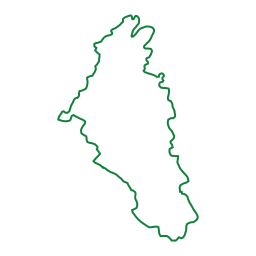 Brahin, Gomel, Belarus
{"feature_id": "67162791B77344314095023", "entity_name": "Brahin", "entity_type": "district", "adm_level": 2, "iso_a3": "BLR", "parent_name": "Belarus", "parent_adm1": "Gomel", "projection": "orthographic", "projection_center": [30.376, 51.651], "detail": "fine", "context": "isolated", "style": "outline", "palette": "green", "viewbox_px": 256, "rotation_deg": 0, "n_neighbors": 0, "source": "geoboundaries", "source_scale": "gbopen_adm2", "svg_char_len": 4040}
<svg xmlns="http://www.w3.org/2000/svg" viewBox="0 0 256 256"><path d="M174.6,111.1L174.5,110.9L173.7,109.2L173.2,108.0L172.6,106.7L172.4,104.8L172.2,103.6L171.6,102.5L170.9,101.2L169.4,100.6L168.2,99.8L167.9,98.5L168.0,96.9L168.6,95.0L168.9,92.8L169.1,90.5L168.6,88.6L167.3,88.3L164.9,88.0L163.2,88.0L161.0,87.6L159.7,86.3L159.2,85.2L159.5,83.3L160.3,82.3L161.7,82.1L162.6,81.7L163.1,81.4L163.4,80.5L162.5,79.6L162.4,78.4L162.7,77.4L163.8,76.3L163.9,75.2L162.8,73.7L161.5,73.4L160.0,73.9L159.0,75.2L158.9,76.7L156.7,76.9L155.7,76.1L154.6,75.5L153.3,74.9L152.0,74.5L150.0,73.8L147.9,73.3L146.1,72.5L144.8,72.2L143.6,70.8L144.4,69.8L144.8,68.8L144.6,67.5L144.4,66.7L144.6,65.6L145.3,64.8L146.4,64.3L147.7,63.9L148.0,63.1L147.8,61.9L146.6,60.5L146.3,59.6L146.3,58.9L146.6,58.2L147.4,57.8L148.6,57.5L149.3,57.2L149.7,56.6L150.1,55.5L150.8,54.7L151.4,53.0L151.9,51.6L151.8,50.3L151.2,49.2L150.2,48.8L148.7,48.6L147.4,48.5L145.8,48.5L144.6,48.1L144.1,47.4L144.0,47.0L144.2,46.0L144.9,45.2L145.9,44.3L147.0,43.1L148.9,41.5L149.7,40.3L150.8,38.5L151.7,36.4L152.4,34.9L153.4,33.0L154.1,31.0L153.9,29.6L153.0,28.1L152.1,27.5L149.8,26.7L147.7,26.4L147.0,26.5L145.3,26.7L143.9,27.2L142.4,27.9L141.0,28.3L139.8,29.1L138.6,30.2L137.5,31.7L136.5,33.1L134.5,35.3L132.9,36.7L131.9,36.7L131.5,36.2L132.1,34.0L132.7,31.2L133.5,29.8L134.5,28.4L136.0,27.0L136.8,25.7L137.9,24.5L138.7,23.5L139.1,21.2L139.1,19.0L138.4,17.4L137.0,16.1L135.9,15.9L134.8,16.6L134.4,17.5L134.0,18.6L133.0,19.3L132.3,19.1L132.0,17.7L131.7,16.4L130.8,15.4L130.7,15.4L128.5,15.9L126.7,16.7L124.9,17.4L123.1,18.8L122.9,22.0L121.5,23.1L119.9,24.9L117.2,26.9L115.2,28.3L112.6,29.3L111.2,30.5L111.3,31.5L112.2,32.9L111.8,34.3L109.9,35.2L107.5,35.6L105.6,36.4L104.0,37.6L102.5,39.5L101.1,41.6L98.2,42.6L95.8,43.1L94.3,44.1L94.4,46.4L96.4,47.9L95.2,50.4L97.3,52.7L99.5,54.3L99.6,55.8L99.2,58.5L98.9,61.5L96.9,64.6L95.3,66.2L95.9,69.2L94.7,72.0L93.5,73.7L92.5,75.7L90.3,76.1L88.2,77.0L87.0,77.8L87.3,79.9L87.6,81.9L87.2,85.2L86.1,88.5L84.2,89.6L81.7,90.7L79.6,91.1L78.9,93.2L79.1,95.6L77.7,97.7L75.5,98.2L74.0,99.7L72.9,102.5L71.4,105.0L70.6,107.2L69.4,111.1L67.5,112.8L65.4,112.7L63.7,111.3L62.2,111.7L61.2,113.5L59.8,115.4L58.8,117.1L58.3,119.6L60.1,120.2L63.2,121.1L66.2,121.3L69.4,120.7L70.4,119.8L71.1,118.0L71.5,116.2L73.4,115.0L76.0,116.5L79.2,118.2L80.9,119.0L83.4,120.1L85.2,121.5L84.8,123.7L83.2,125.7L81.6,128.4L81.0,130.3L81.4,133.3L84.4,135.4L86.2,136.2L86.6,138.1L86.6,139.8L87.4,142.0L89.4,142.8L92.6,143.4L95.1,144.4L97.4,146.6L97.4,148.2L96.8,149.3L98.6,151.6L100.0,153.8L98.5,155.7L95.8,158.4L93.5,161.1L95.0,162.6L100.3,165.2L103.0,167.7L103.3,167.3L105.6,168.7L108.0,170.5L110.8,172.2L113.0,172.9L116.2,174.5L119.3,177.2L121.2,178.6L123.4,181.3L126.4,182.6L127.5,183.1L128.4,185.3L130.4,188.3L131.2,190.1L133.2,190.6L135.2,192.2L135.6,193.8L135.2,196.5L135.2,198.5L136.8,201.9L137.3,204.1L137.1,206.4L136.3,208.1L133.9,209.3L132.1,210.1L132.7,212.5L135.6,216.3L137.8,219.0L140.8,221.7L143.1,223.4L145.8,225.2L149.0,227.2L150.0,227.4L154.6,226.7L156.8,226.6L158.4,227.1L158.9,230.4L159.1,232.6L159.5,234.3L160.5,236.0L162.2,236.1L163.7,236.0L166.7,236.0L168.5,237.0L170.1,238.6L171.7,240.5L175.6,240.6L177.0,239.5L179.0,237.3L181.3,238.3L183.2,237.3L184.7,235.1L185.7,231.9L186.3,228.8L186.3,225.8L187.3,223.8L190.5,222.4L193.5,222.1L195.6,220.7L197.1,219.4L197.6,217.9L197.7,216.2L196.5,213.8L195.0,211.5L193.7,209.8L192.3,207.1L191.0,204.8L189.6,202.6L188.1,199.1L187.6,197.1L186.1,195.1L184.4,194.1L182.0,193.6L181.7,191.8L180.1,191.8L179.9,189.5L179.6,187.4L180.4,185.3L183.0,183.7L186.1,182.7L188.5,181.1L187.9,178.5L187.2,176.6L183.5,172.5L180.1,168.5L177.4,162.5L177.6,160.4L177.9,158.3L178.1,156.1L175.1,156.1L172.2,155.8L170.9,155.3L169.7,153.1L169.4,150.9L169.7,148.9L172.7,147.3L172.0,144.6L170.8,143.2L170.5,141.4L172.3,139.9L173.8,138.2L174.2,135.9L173.2,134.1L172.0,131.2L170.5,129.7L169.0,127.6L167.8,123.9L167.8,121.9L168.3,119.6L170.9,118.2L173.4,118.2L175.1,116.5L175.1,114.7L174.4,111.5L174.6,111.1Z" fill="none" stroke="#15803d" stroke-width="2"/></svg>